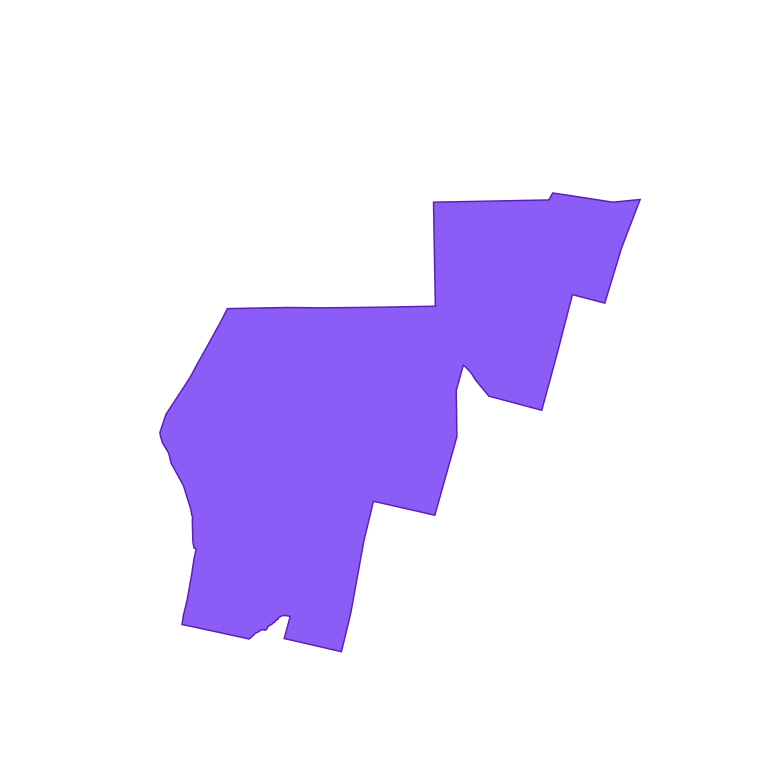 outline of Florencio Varela, Buenos Aires, Argentina, rotated 226°
{"feature_id": "61730980B88470206742087", "entity_name": "Florencio Varela", "entity_type": "district", "adm_level": 2, "iso_a3": "ARG", "parent_name": "Argentina", "parent_adm1": "Buenos Aires", "projection": "mercator", "projection_center": [-58.275, -34.889], "detail": "fine", "context": "isolated", "style": "filled", "palette": "violet", "viewbox_px": 768, "rotation_deg": 226, "n_neighbors": 0, "source": "geoboundaries", "source_scale": "gbopen_adm2", "svg_char_len": 1784}
<svg xmlns="http://www.w3.org/2000/svg" viewBox="0 0 768 768"><g transform="rotate(226 384 384)"><path d="M360.2,84.2L357.3,79.5L351.3,71.6L344.8,76.1L317.3,94.5L294.2,109.9L294.2,110.5L294.2,111.3L294.1,111.8L294.0,112.5L294.0,113.2L294.1,114.1L294.1,114.9L294.0,115.5L294.0,116.2L294.1,117.0L294.1,117.6L294.2,118.2L294.0,118.7L293.9,119.2L293.6,119.6L293.5,120.1L293.2,120.6L293.0,121.2L292.9,121.9L292.8,122.6L292.7,123.6L292.6,124.3L292.3,124.9L291.9,125.4L291.2,126.3L290.8,126.6L290.4,126.9L289.9,127.2L289.4,127.7L289.2,128.4L289.2,129.3L289.3,129.9L289.5,130.5L289.8,131.0L290.1,132.1L289.9,133.3L289.7,134.1L289.5,134.9L289.4,135.5L289.2,136.0L289.1,136.6L289.1,137.7L289.0,138.8L288.7,139.9L288.8,140.9L289.0,141.7L289.0,142.6L288.6,143.5L288.5,144.2L288.6,144.8L288.9,145.4L289.2,146.1L289.1,146.7L288.6,147.8L288.5,148.3L288.3,149.1L287.9,150.0L287.5,150.5L287.2,150.9L286.8,151.3L286.3,151.7L286.0,152.2L282.0,155.1L270.2,135.4L221.0,167.4L234.1,188.1L242.9,201.8L285.0,260.4L299.7,283.5L307.0,294.9L254.3,329.4L264.3,346.5L295.5,399.9L329.1,431.4L342.4,454.0L339.8,454.5L331.9,454.4L323.0,452.6L302.4,451.0L255.5,479.2L285.7,529.9L317.4,581.6L288.8,599.0L317.0,649.7L338.8,696.4L355.9,674.8L367.7,665.9L404.2,638.1L401.9,630.4L480.4,545.9L404.3,475.0L440.1,436.5L482.3,391.8L506.0,367.8L547.0,323.7L541.5,307.7L539.2,299.9L537.9,296.0L530.8,272.5L527.4,261.3L523.4,249.0L522.9,246.9L513.7,206.3L504.8,189.1L501.0,186.5L495.3,183.7L490.2,182.6L483.7,181.0L474.8,175.8L450.3,169.2L441.2,164.6L429.0,158.5L422.5,154.3L421.2,153.9L420.3,152.8L419.1,151.5L418.0,150.4L405.5,138.9L404.1,137.7L402.8,136.6L401.8,135.9L400.8,135.2L398.0,133.3L396.2,134.5L393.6,131.1L390.2,125.8L381.3,114.3L365.7,92.8L360.2,84.2Z" fill="#8b5cf6" stroke="#5b21b6" stroke-width="1.5"/></g></svg>